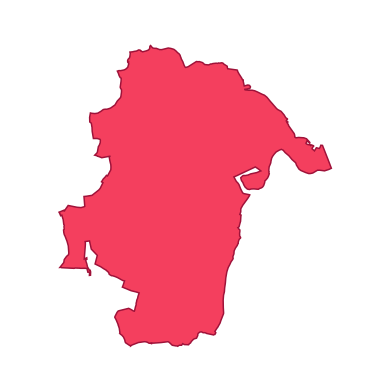 Caianu, Cluj, Romania (Albers equal-area conic projection), rotated 352°
{"feature_id": "2599482B32459864581078", "entity_name": "Caianu", "entity_type": "district", "adm_level": 2, "iso_a3": "ROU", "parent_name": "Romania", "parent_adm1": "Cluj", "projection": "albers", "projection_center": [23.923, 46.814], "detail": "fine", "context": "isolated", "style": "filled", "palette": "rose", "viewbox_px": 384, "rotation_deg": 352, "n_neighbors": 0, "source": "geoboundaries", "source_scale": "gbopen_adm2", "svg_char_len": 5966}
<svg xmlns="http://www.w3.org/2000/svg" viewBox="0 0 384 384"><g transform="rotate(352 192 192)"><path d="M236.0,227.8L237.0,222.9L237.4,221.7L236.2,220.9L237.5,218.5L238.0,215.4L240.4,212.2L246.3,206.1L248.5,203.5L248.8,202.8L243.1,200.8L242.0,199.8L240.7,196.0L239.5,191.1L238.7,189.5L238.0,188.6L237.2,187.3L235.6,182.9L238.9,182.0L258.2,176.0L261.0,178.5L263.1,180.7L258.7,181.8L252.7,182.2L249.8,183.0L247.4,183.1L244.9,182.8L242.3,184.6L242.3,185.6L242.6,187.6L243.7,189.7L244.3,192.2L245.3,194.6L247.2,196.8L249.1,197.5L251.1,197.3L253.6,197.5L257.8,198.5L258.4,198.5L259.1,198.0L261.2,197.6L262.5,197.0L263.8,195.7L265.1,193.2L265.9,190.9L266.7,190.5L268.7,188.7L269.7,187.3L271.1,184.6L270.8,183.8L271.2,182.4L271.0,182.0L271.1,181.0L271.9,177.8L273.8,174.6L274.2,173.6L274.5,172.4L275.6,169.6L276.7,168.0L278.6,166.0L281.0,164.0L284.3,162.7L286.4,162.2L288.1,163.3L289.7,165.9L293.0,169.6L295.5,173.7L298.4,177.1L298.8,177.7L299.2,179.9L301.1,184.2L302.7,185.8L307.5,188.7L310.2,190.0L311.9,190.2L314.3,190.0L319.3,187.9L321.5,188.2L326.2,189.5L330.7,188.7L333.3,187.9L331.7,180.8L327.7,164.0L326.1,163.6L324.9,165.8L324.1,166.6L321.3,165.5L319.0,168.3L316.9,165.9L317.4,164.9L318.9,163.5L318.8,163.1L316.9,162.0L316.1,162.6L315.7,162.0L315.6,161.3L315.2,161.0L314.7,161.5L314.4,161.2L313.8,161.4L312.4,160.6L311.7,159.9L311.7,159.5L312.9,157.5L315.0,159.4L315.4,159.6L315.6,159.3L312.8,155.2L310.3,153.9L305.1,152.8L302.4,152.8L301.7,151.9L301.4,151.8L301.6,149.9L301.3,148.4L296.9,139.8L296.9,139.1L295.7,136.3L296.6,136.0L295.2,134.7L296.5,133.3L296.2,133.0L296.5,132.7L295.1,131.4L294.0,128.6L291.5,124.6L288.4,122.3L287.4,121.2L282.0,112.9L279.4,108.6L277.2,106.2L275.1,105.0L270.5,101.9L268.2,100.5L265.8,99.6L262.5,99.2L259.0,98.3L259.0,98.1L258.0,97.6L260.7,97.7L262.4,97.4L263.6,97.6L264.4,96.4L264.5,95.6L263.8,94.8L263.8,94.5L262.9,94.0L262.2,94.0L262.0,93.8L258.5,94.3L258.1,89.1L258.3,88.8L258.3,88.1L257.6,87.9L257.2,86.4L254.9,81.4L254.0,78.9L253.9,77.7L253.7,77.5L244.5,74.9L244.3,73.4L244.4,72.4L242.1,70.4L241.7,70.2L240.8,68.9L239.6,68.2L237.0,68.2L236.2,67.9L235.2,68.2L233.9,67.8L230.5,67.7L228.8,68.0L228.2,67.8L226.5,68.4L225.8,68.4L222.2,67.5L221.2,66.1L220.2,65.2L217.2,63.8L216.4,63.9L214.5,63.4L205.6,67.4L203.1,67.8L202.5,67.3L201.8,65.3L201.0,61.6L199.9,58.6L199.8,57.6L199.5,56.6L199.2,54.8L198.4,53.3L197.2,52.1L195.5,49.8L193.9,48.2L191.1,46.9L188.5,46.1L181.9,46.8L179.8,46.5L176.5,44.7L175.3,44.6L173.5,44.1L172.6,43.2L171.4,41.2L170.6,41.8L170.0,44.1L169.7,44.4L168.7,45.3L166.4,45.9L162.6,46.3L161.0,45.3L161.1,45.0L160.2,44.2L158.9,43.9L156.7,44.7L154.5,44.7L152.6,44.9L150.0,44.8L150.1,46.4L149.3,49.3L148.7,50.5L147.1,51.8L146.5,53.0L146.4,54.4L146.5,54.7L147.2,54.6L147.0,55.2L147.2,56.2L145.7,59.6L143.3,61.2L141.5,61.7L138.1,61.9L136.5,61.6L134.9,61.9L135.6,64.1L136.0,66.5L136.8,68.7L137.7,69.5L137.2,72.3L135.5,78.2L135.7,79.4L136.4,80.9L136.1,83.1L135.0,87.1L134.4,88.5L130.7,91.5L127.8,95.1L122.9,97.6L119.3,98.2L117.0,97.9L115.6,98.0L113.1,99.4L109.7,100.8L106.7,100.8L103.7,100.1L102.4,99.6L101.0,103.9L100.5,108.4L101.8,109.8L101.9,110.5L101.9,112.9L102.0,113.9L101.6,118.1L101.8,125.3L105.5,125.8L108.2,127.0L108.5,127.7L108.0,130.4L106.6,132.9L105.6,134.0L103.9,139.2L103.3,140.1L100.8,142.0L102.8,142.8L103.3,143.4L104.2,143.7L107.4,145.5L116.3,145.1L115.6,145.3L114.9,146.2L115.0,149.6L115.4,153.7L115.2,156.1L114.7,158.7L110.6,164.3L109.6,163.6L108.2,165.0L105.9,166.8L104.1,169.0L103.8,169.3L105.1,170.4L101.6,175.6L100.0,177.0L92.5,181.4L86.7,181.5L84.4,181.4L83.8,191.3L83.1,191.6L79.9,192.0L76.0,191.1L67.5,188.1L63.5,192.4L63.1,193.0L62.2,192.7L62.3,192.3L57.5,193.5L58.5,196.0L58.6,196.4L58.4,196.4L58.7,197.3L59.9,196.9L60.4,200.4L60.6,201.2L60.5,206.3L60.9,207.1L60.4,208.5L60.3,211.1L59.5,211.7L59.4,214.5L59.6,216.5L60.2,218.3L61.4,223.5L62.0,228.1L61.5,235.2L61.0,236.9L58.8,238.3L56.1,241.1L55.2,244.0L50.7,248.3L51.8,248.4L52.3,248.8L52.8,248.9L64.7,251.2L65.7,251.0L70.1,251.8L71.1,252.1L75.1,252.6L77.3,253.1L77.7,256.9L79.4,257.2L78.8,260.3L79.9,260.3L80.5,257.0L80.3,255.3L79.6,255.2L78.1,251.7L77.8,248.3L77.1,244.6L78.5,244.1L78.6,242.5L76.0,243.3L79.1,229.2L79.3,227.7L79.3,226.2L83.7,226.2L84.3,234.5L89.4,241.6L86.0,249.8L91.2,253.3L93.9,255.7L96.2,257.5L96.3,257.9L97.3,258.8L98.3,260.3L98.6,262.0L100.5,263.6L102.0,264.0L104.2,265.1L106.4,266.4L111.1,270.0L112.8,270.6L110.9,274.6L109.8,276.5L118.0,281.3L123.0,283.3L125.6,284.6L124.0,287.8L123.3,289.8L122.5,291.0L121.9,292.4L121.9,292.9L121.2,294.3L121.0,295.9L120.0,297.9L118.6,301.6L118.3,302.0L117.5,301.7L114.9,299.6L113.1,298.4L103.3,299.4L102.3,299.6L101.0,300.8L98.3,304.7L98.1,305.4L99.0,307.7L100.5,313.3L100.5,313.7L100.4,313.7L101.0,316.7L101.0,321.5L100.7,321.8L101.3,322.8L102.5,323.9L103.9,326.0L104.6,328.2L104.9,329.7L104.9,331.0L105.3,332.1L108.9,335.3L110.0,335.5L109.9,335.9L111.5,335.1L118.0,333.6L123.9,333.6L125.7,334.0L127.2,334.8L128.3,335.7L130.4,336.2L131.0,336.6L131.4,336.3L131.2,335.9L132.8,336.3L140.4,336.8L147.4,336.9L148.4,337.6L151.1,341.0L154.7,342.2L155.9,342.4L156.4,342.8L157.5,342.2L158.4,342.0L160.4,342.3L161.7,340.9L163.1,342.0L167.4,342.8L168.3,341.8L169.5,341.3L170.6,339.9L172.9,338.1L173.9,337.7L176.1,337.4L177.7,335.0L177.9,333.8L178.5,332.8L180.3,331.8L181.9,331.8L183.4,332.9L185.1,333.1L185.9,333.4L186.5,334.0L193.6,336.6L194.4,336.1L194.9,336.2L196.0,334.7L195.3,333.2L197.8,330.3L198.5,329.7L201.6,325.6L202.7,323.3L206.3,316.9L206.5,315.9L206.9,311.0L207.8,303.5L208.9,298.5L210.2,295.3L211.0,291.5L212.4,286.7L213.5,281.8L215.4,275.9L217.3,271.9L219.2,269.3L221.0,266.5L222.8,264.6L223.4,263.7L223.5,263.2L223.4,261.9L224.9,259.1L225.4,256.7L225.7,255.9L227.2,253.6L229.4,251.2L229.9,250.1L230.6,249.5L230.8,248.1L231.8,246.0L232.4,245.2L233.6,244.4L233.8,243.7L233.1,242.1L233.4,239.3L233.8,238.2L234.1,236.4L233.9,235.8L233.2,235.2L232.6,233.8L233.1,233.9L233.6,232.9L233.9,232.7L234.9,230.2L236.0,227.8Z" fill="#f43f5e" stroke="#9f1239" stroke-width="1.5"/></g></svg>